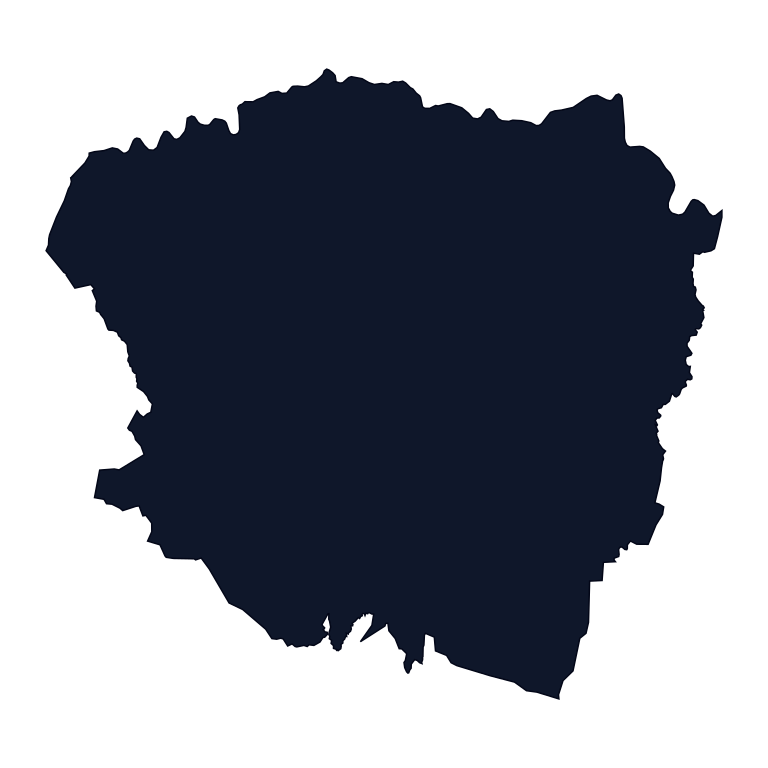 Zirándaro, Guerrero, Mexico
{"feature_id": "50627088B9136156022716", "entity_name": "Zirándaro", "entity_type": "district", "adm_level": 2, "iso_a3": "MEX", "parent_name": "Mexico", "parent_adm1": "Guerrero", "projection": "equal_earth", "projection_center": [-101.197, 18.328], "detail": "fine", "context": "isolated", "style": "filled", "palette": "ink", "viewbox_px": 768, "rotation_deg": 0, "n_neighbors": 0, "source": "geoboundaries", "source_scale": "gbopen_adm2", "svg_char_len": 6057}
<svg xmlns="http://www.w3.org/2000/svg" viewBox="0 0 768 768"><path d="M265.7,629.2L271.9,638.6L276.7,639.2L280.7,638.2L282.5,638.7L283.3,639.1L287.7,646.0L292.1,643.9L295.1,646.5L296.8,646.9L303.9,645.4L307.2,646.5L309.1,644.8L313.9,645.4L320.0,642.0L322.9,637.5L324.7,637.2L327.5,634.2L327.2,632.3L325.0,631.9L323.1,629.5L324.4,628.7L324.6,627.7L322.9,626.2L322.0,624.5L328.0,613.7L328.9,613.7L328.7,619.2L329.5,620.9L330.7,627.1L329.1,632.5L329.0,634.8L329.8,636.4L329.3,638.7L331.6,640.3L331.1,643.4L333.5,645.6L333.5,648.4L336.0,649.2L336.6,650.3L337.3,649.8L338.1,650.7L340.8,648.7L341.2,646.3L341.0,644.4L342.8,643.1L342.9,640.7L344.6,639.1L345.6,636.3L346.7,636.5L346.3,633.2L348.3,634.0L348.6,632.7L350.5,631.3L351.3,629.0L350.8,625.8L352.6,625.8L352.9,624.5L352.0,623.3L355.2,621.1L357.8,618.1L358.5,617.7L359.6,618.5L360.7,616.5L362.3,615.7L362.0,614.4L362.7,613.4L364.3,613.7L365.0,615.5L365.9,613.1L367.7,613.7L368.2,612.8L369.4,612.7L371.8,614.0L373.7,614.1L371.9,625.4L360.4,641.7L384.9,626.0L385.7,623.4L387.9,623.2L388.9,630.8L395.2,638.5L399.2,648.7L401.7,648.8L406.4,653.4L406.6,654.2L405.3,660.6L404.0,662.5L404.7,667.6L406.6,671.8L407.9,673.1L408.7,672.8L409.8,669.9L411.1,668.3L411.3,664.1L414.7,659.6L417.3,660.5L419.6,662.7L422.0,663.6L421.6,661.9L422.3,660.9L422.7,658.8L422.2,657.9L422.9,656.8L423.1,647.1L423.9,645.1L424.4,635.2L425.4,633.3L434.3,637.1L435.5,650.9L446.6,655.4L451.1,662.7L456.8,665.6L490.1,675.7L514.5,682.1L526.5,690.7L536.8,692.1L558.9,698.9L558.5,694.7L563.0,680.6L573.0,670.9L579.8,638.3L586.0,633.3L588.5,622.4L589.6,581.1L602.1,580.5L603.4,562.3L615.4,561.7L614.1,560.1L614.1,558.2L618.7,556.5L619.1,554.4L618.6,549.8L619.1,548.3L620.4,547.0L622.1,547.1L624.8,549.4L626.7,549.7L627.3,548.7L627.4,544.8L630.4,541.0L636.7,544.2L648.1,544.3L656.0,524.9L662.5,514.4L663.7,506.9L659.1,504.1L654.9,502.8L660.1,480.9L661.5,467.8L662.9,459.4L663.3,459.6L663.5,458.6L662.7,454.8L665.5,451.1L662.4,448.7L658.3,442.7L658.8,440.9L656.6,435.6L656.7,434.3L656.2,433.2L658.0,431.2L655.3,424.8L657.0,425.6L657.4,424.9L655.2,420.4L656.9,418.1L659.3,417.9L660.8,415.9L660.6,415.1L657.7,412.6L657.1,409.8L657.8,408.8L661.4,407.7L663.2,404.4L665.3,404.4L669.4,401.2L671.8,393.7L672.4,393.5L674.8,396.4L676.2,396.9L678.6,395.2L679.6,393.9L681.2,389.3L682.5,387.9L686.2,386.1L686.4,385.1L685.3,382.2L685.6,381.0L687.6,379.3L690.2,379.8L691.8,378.9L692.0,376.7L689.4,372.6L690.3,366.4L688.7,366.6L686.2,364.5L685.3,360.2L686.2,356.7L690.9,355.2L691.9,353.3L687.1,346.3L687.0,343.2L689.2,340.4L689.7,336.6L691.5,335.6L696.2,335.1L697.2,332.1L695.3,329.8L695.4,329.1L696.5,328.6L698.8,328.9L700.4,327.7L701.7,325.1L700.7,323.7L703.9,317.6L702.8,311.4L702.9,310.4L703.5,310.2L702.6,309.3L704.2,307.8L703.3,306.0L702.4,305.7L698.2,300.9L695.7,297.1L695.0,294.4L696.0,289.9L695.3,287.1L693.6,286.5L693.0,283.5L693.3,279.1L692.2,277.3L692.4,272.2L690.9,271.1L690.7,269.8L693.2,265.9L693.5,253.2L699.4,254.2L702.8,251.7L704.5,252.3L711.0,250.8L714.4,248.7L717.6,236.6L721.9,217.3L721.9,210.5L715.7,215.5L712.7,216.2L708.9,213.2L704.0,205.1L697.9,200.6L694.3,199.6L692.8,199.8L691.2,201.3L684.9,212.1L682.6,214.2L678.4,215.1L672.2,213.2L670.2,211.4L668.3,207.9L668.2,202.9L670.4,196.4L673.5,190.2L674.7,185.1L674.0,181.5L672.0,176.7L670.1,173.2L665.5,168.3L659.2,158.4L650.3,151.1L643.3,146.9L639.7,146.4L630.0,147.1L627.0,145.5L625.3,142.2L624.4,138.2L624.3,126.9L622.1,98.2L621.0,95.6L618.7,94.0L615.9,95.1L612.4,99.8L610.1,100.8L606.6,100.0L597.1,95.3L591.1,96.1L586.3,98.5L573.2,107.4L561.4,110.1L554.7,110.9L550.4,112.4L541.6,123.8L539.1,125.4L536.2,125.6L530.8,122.7L521.7,120.7L512.7,120.2L508.9,121.4L502.0,120.8L498.0,118.6L493.3,111.5L489.8,108.8L486.4,109.5L481.1,117.2L477.6,118.9L472.7,118.1L468.5,113.3L461.8,107.8L450.0,103.6L447.2,103.7L438.2,106.0L435.6,105.5L429.7,108.4L424.7,108.3L422.5,106.8L420.6,97.7L419.6,95.8L416.2,93.1L412.9,89.0L410.3,87.6L405.7,83.0L402.7,81.2L398.5,82.1L393.7,81.7L388.3,84.5L381.9,83.4L374.4,84.5L369.0,82.7L362.1,78.7L351.3,76.7L348.7,77.6L342.7,82.8L339.8,83.1L336.1,81.8L335.1,75.5L332.7,72.8L329.0,70.0L326.7,69.1L324.3,70.8L323.0,74.5L320.7,76.9L316.3,80.8L308.4,86.0L304.5,86.8L297.6,86.1L293.0,86.3L291.8,87.0L286.7,93.1L281.9,93.4L278.2,91.4L269.9,92.9L264.7,96.8L257.1,99.6L253.1,101.8L244.9,101.7L242.3,104.1L240.3,104.8L239.0,105.8L237.8,107.9L239.1,114.8L239.7,129.5L238.6,132.6L236.2,134.4L233.3,134.9L230.5,133.6L228.8,130.5L226.3,123.1L224.8,121.2L222.1,119.9L215.2,118.7L213.8,119.5L209.6,124.6L208.0,125.3L204.5,125.3L200.3,124.1L198.0,122.2L194.5,117.0L191.5,116.0L187.3,118.2L186.1,127.4L184.9,131.4L179.9,137.8L176.8,139.4L174.0,138.8L169.0,132.5L166.8,131.3L164.1,131.8L161.0,137.3L157.1,147.5L153.5,150.2L148.7,149.8L144.4,145.5L139.7,138.8L136.7,138.1L134.6,139.1L133.2,141.0L129.3,150.4L127.5,152.1L125.3,153.2L123.2,153.2L117.7,149.0L112.3,147.9L104.0,150.6L94.5,151.7L89.2,153.1L89.1,156.1L84.9,163.0L72.5,176.0L73.1,176.1L70.7,177.8L71.4,181.6L70.4,185.5L68.5,188.7L64.3,200.8L56.5,217.0L49.6,234.7L48.8,238.7L48.5,245.1L46.1,250.7L63.8,272.3L66.8,274.1L66.2,275.0L74.9,288.1L90.8,284.6L94.5,288.9L92.3,290.6L96.7,301.2L96.0,306.2L96.4,310.9L99.6,312.3L100.7,314.5L104.1,318.7L107.9,329.0L108.9,330.1L113.4,330.4L117.4,332.2L118.7,335.8L120.9,337.6L121.6,339.8L124.5,341.2L127.2,344.6L127.8,351.8L129.3,356.0L128.2,358.5L127.9,360.8L129.4,363.1L130.1,366.2L132.0,367.1L132.6,371.0L134.5,373.1L136.0,373.4L136.3,374.1L136.2,377.2L136.9,378.8L136.6,381.2L137.8,383.2L137.2,385.2L137.2,387.3L143.6,391.6L147.5,396.5L148.8,399.9L152.4,403.9L150.8,412.3L147.3,413.9L143.4,417.3L139.6,414.4L137.1,410.9L127.8,428.0L129.4,430.2L132.0,431.3L134.7,436.1L135.5,439.6L141.0,445.8L144.2,454.6L119.1,469.9L114.3,469.0L99.7,470.1L94.5,497.6L104.0,499.3L106.5,503.7L112.0,504.2L120.0,508.2L122.7,510.6L135.9,506.3L139.1,505.9L142.9,515.9L145.9,515.3L151.7,523.1L151.8,531.7L147.6,541.1L160.0,544.8L165.0,555.9L166.2,557.3L173.3,558.4L194.2,558.8L195.6,559.9L201.2,558.0L209.2,568.9L229.1,603.0L242.7,609.5L265.7,629.2Z" fill="#0f172a" stroke="#020617" stroke-width="1.5"/></svg>